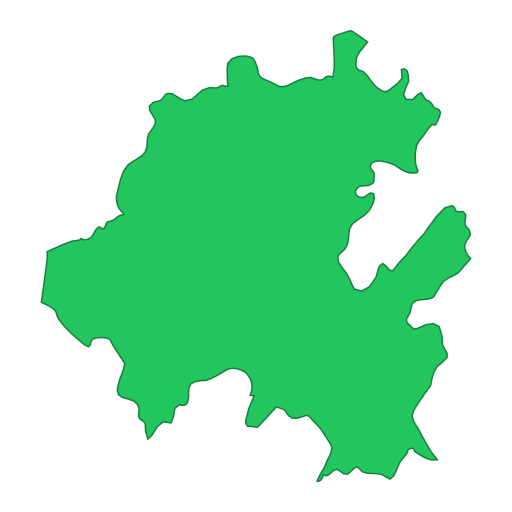 an SVG outline of Hidalgo
{"feature_id": "MEX-2730", "entity_name": "Hidalgo", "entity_type": "State", "adm_level": 1, "iso_a3": "MEX", "parent_name": "Mexico", "parent_adm1": "", "projection": "mercator", "projection_center": [-98.728, 20.492], "detail": "fine", "context": "isolated", "style": "filled", "palette": "green", "viewbox_px": 512, "rotation_deg": 0, "n_neighbors": 0, "source": "natural_earth", "source_scale": "10m", "svg_char_len": 5998}
<svg xmlns="http://www.w3.org/2000/svg" viewBox="0 0 512 512"><path d="M228.0,86.4L227.4,80.9L227.2,69.9L227.4,66.5L227.8,63.3L232.0,58.7L238.8,56.3L246.2,56.0L252.1,57.6L253.4,59.0L254.5,60.7L255.4,62.5L256.1,64.3L257.2,67.3L257.8,70.5L258.5,73.7L259.9,76.4L262.1,78.2L265.1,79.7L268.2,81.0L270.9,82.2L275.1,84.4L278.9,86.2L282.9,86.8L287.2,85.7L292.8,83.0L298.3,80.4L304.1,78.4L310.1,77.4L313.6,78.5L317.1,79.7L319.0,80.1L320.8,80.1L322.6,79.6L324.2,78.6L326.0,76.8L328.1,76.1L330.4,76.3L332.8,77.3L334.2,69.1L334.3,60.3L333.9,51.4L333.3,39.6L333.4,37.6L334.4,36.2L337.0,35.0L343.9,32.7L347.3,31.6L350.7,30.7L352.1,31.3L356.0,33.8L359.9,36.5L367.6,42.0L363.4,47.3L359.4,52.1L356.5,57.5L355.8,64.6L356.1,66.4L356.6,67.9L357.6,69.2L358.9,70.2L363.5,71.7L367.6,76.1L371.4,81.4L375.2,86.0L377.9,88.1L380.7,90.2L383.7,91.6L387.0,91.5L391.9,87.9L397.8,83.3L402.0,78.3L401.8,73.4L401.4,69.6L404.0,68.8L407.0,70.7L408.2,74.8L408.7,81.1L405.7,88.1L403.5,94.5L406.0,99.3L412.8,99.5L417.3,94.9L421.2,92.7L425.9,99.9L428.6,100.9L430.5,102.2L432.0,104.1L433.5,106.9L435.0,108.3L437.0,108.8L439.0,109.8L440.4,112.3L440.0,114.6L438.7,118.5L437.0,122.2L435.8,124.5L434.7,125.1L433.6,124.9L432.6,124.6L431.7,124.8L430.5,126.0L429.1,127.6L427.6,129.5L426.2,131.5L424.7,133.8L423.1,136.1L421.3,138.2L419.4,140.3L416.5,145.7L415.2,154.0L415.4,162.7L417.1,169.0L417.8,170.5L417.8,171.6L417.2,172.4L415.8,172.9L409.9,173.0L404.5,171.2L399.4,168.2L394.4,164.9L391.5,163.7L388.5,162.7L385.5,161.9L382.4,161.4L379.1,160.9L375.2,161.4L371.8,162.9L370.3,165.8L370.9,168.7L372.6,170.8L374.1,172.9L374.2,176.0L374.0,178.9L373.9,181.2L373.1,183.0L370.2,184.8L367.3,185.6L364.2,185.7L361.0,186.0L358.0,187.1L355.4,190.8L355.8,194.4L358.3,196.9L362.4,197.6L365.6,196.3L368.3,194.2L370.9,192.9L373.6,193.9L374.3,198.1L373.2,202.7L371.1,207.1L368.9,210.8L364.0,215.6L357.9,219.6L352.4,223.8L349.5,228.9L349.0,233.3L348.5,238.1L347.8,242.8L346.3,246.9L344.6,249.3L342.3,251.5L339.8,253.8L337.8,256.0L338.3,261.6L341.8,267.3L346.2,273.0L349.3,278.6L354.1,288.9L361.6,291.1L369.5,286.7L375.8,277.7L377.1,273.7L378.1,269.5L379.7,265.9L382.8,263.5L386.6,266.6L389.5,270.1L392.5,270.9L396.6,266.1L399.3,262.4L405.6,255.9L408.3,252.3L415.7,243.1L419.5,238.7L423.5,234.5L429.0,226.7L436.6,216.3L444.8,207.9L452.1,205.7L452.8,206.1L453.4,206.5L454.0,207.0L454.4,207.6L456.2,211.4L459.7,211.7L463.3,211.7L465.6,214.7L465.6,217.5L465.2,220.1L464.8,222.7L465.5,225.4L466.4,226.9L468.7,229.4L469.7,230.9L470.3,234.7L468.6,238.0L466.3,241.2L464.8,244.6L464.8,248.6L466.0,252.2L468.1,255.6L470.6,258.6L463.7,266.4L461.1,269.6L458.4,272.7L453.9,275.3L448.5,278.0L443.6,281.2L440.8,285.1L439.0,288.1L433.5,297.0L430.7,298.5L427.0,299.2L419.3,299.9L417.6,300.3L415.8,300.8L412.2,303.7L411.0,307.8L410.2,312.2L408.1,316.3L406.5,318.7L406.6,321.4L408.1,323.8L410.4,325.7L411.8,327.4L413.4,328.6L415.2,329.0L417.2,328.5L425.6,324.8L433.3,323.6L439.1,326.6L442.1,336.0L442.3,342.6L442.5,344.7L444.8,349.3L447.1,353.4L447.1,357.4L442.9,361.7L437.3,366.4L434.0,371.9L432.0,378.4L430.5,385.7L428.6,388.4L424.7,393.4L423.0,396.2L421.7,397.8L420.6,399.6L416.9,405.1L413.6,410.6L412.1,416.2L413.9,421.8L419.5,431.2L425.1,441.6L431.0,451.6L437.3,459.7L431.3,459.9L425.8,458.1L420.5,455.2L415.5,452.0L414.5,450.9L413.8,449.5L413.1,448.4L412.0,448.1L408.4,449.4L407.6,450.4L407.5,451.7L406.5,454.0L404.4,456.5L402.4,458.8L400.5,461.3L398.9,464.3L396.5,470.1L393.6,476.0L390.0,479.1L385.2,476.5L382.2,474.6L377.4,473.7L372.4,473.5L367.5,473.3L363.0,472.0L361.8,471.2L357.3,466.8L353.8,468.4L350.5,471.9L347.3,474.3L343.6,473.7L340.4,471.4L337.4,469.4L334.2,470.0L328.9,474.6L326.1,475.8L323.5,474.9L322.4,477.5L321.3,479.6L319.6,480.9L317.1,481.3L317.6,479.8L319.7,475.4L324.5,467.1L326.3,462.7L327.6,459.8L329.2,456.7L330.6,453.6L331.5,450.7L331.8,447.7L331.2,445.3L329.8,442.9L323.0,432.4L322.1,430.9L321.1,429.5L320.0,428.1L318.9,426.8L311.9,419.5L310.2,417.3L308.2,415.8L306.0,415.4L303.4,416.4L297.2,418.2L292.3,418.1L288.3,415.4L284.4,409.7L276.3,406.9L267.3,416.8L257.5,427.2L247.4,426.1L246.5,424.6L245.7,422.9L245.8,420.7L246.2,418.4L246.8,416.3L247.4,414.1L248.6,409.3L250.3,404.8L254.2,395.8L253.2,395.8L251.2,395.3L250.1,395.2L251.1,392.6L251.7,390.0L252.0,387.2L251.8,384.5L251.2,381.1L250.0,378.2L248.2,375.5L246.1,373.0L245.0,372.2L243.8,371.4L241.4,370.1L237.6,368.9L233.8,368.3L229.9,368.6L226.2,370.0L221.4,373.0L216.3,375.9L211.2,378.5L206.0,380.4L202.0,380.6L198.1,380.9L194.4,381.9L190.8,383.9L188.9,388.1L188.6,392.8L188.6,397.7L187.5,402.4L186.0,404.4L183.9,405.3L181.6,405.3L179.3,404.8L174.8,408.3L173.5,416.3L171.1,422.8L163.1,422.0L157.3,426.7L152.1,435.0L147.9,439.1L145.5,431.0L145.4,425.6L144.9,423.0L143.5,421.3L141.6,420.2L140.0,419.1L139.0,417.5L138.6,415.3L139.1,408.9L137.4,404.2L133.8,401.0L128.4,399.1L122.5,397.4L118.7,394.8L117.2,390.4L118.6,383.4L120.1,378.4L121.9,373.8L123.6,369.1L124.8,363.6L115.8,349.8L114.3,347.4L112.8,344.9L111.4,342.3L110.2,339.7L107.0,338.0L101.7,337.5L96.1,337.9L92.3,339.3L90.9,341.9L90.1,345.1L88.6,346.8L84.8,345.0L78.1,339.4L71.1,333.2L64.6,326.6L59.1,319.7L57.9,317.7L57.1,315.7L55.8,311.4L53.6,308.8L49.4,306.2L41.4,302.2L45.3,273.8L46.8,262.6L47.3,256.9L47.2,251.6L54.9,248.2L63.3,244.4L71.8,241.2L79.7,240.0L81.0,238.5L84.1,239.9L87.8,239.3L91.1,237.4L93.2,234.6L94.3,232.4L95.5,230.3L97.0,228.5L98.9,227.0L99.9,227.1L102.3,228.6L103.4,228.8L104.6,227.7L105.4,225.9L106.1,223.9L107.1,222.2L108.1,221.8L111.8,220.7L113.2,220.2L115.5,218.6L117.6,216.7L120.3,215.2L123.8,214.7L123.2,213.1L121.6,211.8L119.0,208.3L117.1,203.8L116.4,198.5L116.5,196.2L120.4,179.8L123.4,171.5L128.2,164.6L141.2,156.2L143.4,154.2L145.3,151.7L146.8,147.5L147.5,138.3L148.7,133.9L153.5,127.1L155.4,123.4L155.2,119.6L149.6,110.1L149.4,106.3L153.1,102.6L155.0,101.8L159.3,100.9L161.6,99.7L165.5,94.6L167.4,93.5L172.2,93.7L180.5,98.9L184.8,100.7L191.9,99.3L202.5,90.1L209.5,87.6L215.1,88.0L217.1,87.8L219.1,87.0L220.6,85.9L222.4,85.4L225.8,86.3L228.0,86.4Z" fill="#22c55e" stroke="#15803d" stroke-width="1.5"/></svg>